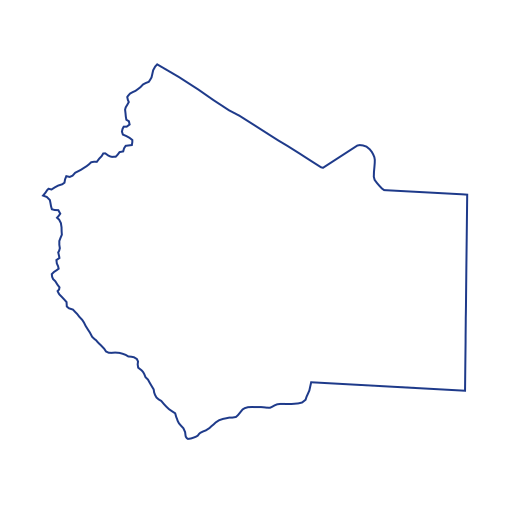 the district of Nyatike, Nyanza, Kenya, rotated 183°
{"feature_id": "3690345B78921482472620", "entity_name": "Nyatike", "entity_type": "district", "adm_level": 2, "iso_a3": "KEN", "parent_name": "Kenya", "parent_adm1": "Nyanza", "projection": "mercator", "projection_center": [34.221, -0.928], "detail": "fine", "context": "isolated", "style": "outline", "palette": "blue", "viewbox_px": 512, "rotation_deg": 183, "n_neighbors": 0, "source": "geoboundaries", "source_scale": "gbopen_adm2", "svg_char_len": 3613}
<svg xmlns="http://www.w3.org/2000/svg" viewBox="0 0 512 512"><g transform="rotate(183 256 256)"><path d="M315.6,70.5L314.5,69.8L313.6,69.9L311.3,70.4L309.0,71.3L306.7,72.3L304.8,73.5L303.5,75.4L302.9,76.0L302.2,76.6L299.5,78.1L297.0,79.2L293.5,81.7L291.6,83.7L289.6,85.5L287.5,87.7L284.2,90.1L280.4,91.6L277.6,92.3L274.3,93.2L271.1,93.4L267.6,94.2L265.8,96.0L264.0,98.4L263.5,99.1L262.8,100.1L261.3,102.1L259.2,103.5L256.1,104.6L252.0,105.0L248.5,105.1L246.6,105.2L245.6,105.3L243.1,105.4L240.0,105.3L237.2,105.1L234.0,105.2L231.8,106.4L229.6,107.8L227.1,109.0L224.3,109.5L221.4,109.7L217.5,109.8L212.5,110.1L206.1,111.0L202.3,112.1L199.0,115.0L198.3,117.6L197.9,118.8L197.4,120.0L195.7,124.4L194.3,132.8L40.2,132.4L41.1,154.0L42.2,181.0L42.5,187.0L42.7,191.9L42.9,196.5L43.0,199.1L43.3,205.6L43.4,208.9L43.7,216.9L44.2,228.5L44.9,245.2L45.3,254.6L46.5,284.3L48.3,328.3L53.1,328.4L131.5,328.5L133.8,330.0L136.3,332.4L139.0,335.2L141.5,338.2L142.5,341.3L142.6,346.2L142.4,351.4L142.3,355.2L142.4,358.3L143.0,360.9L144.3,363.6L145.8,366.0L148.0,368.5L151.4,371.0L155.0,372.0L158.2,372.2L160.6,371.6L193.7,347.6L195.7,348.0L204.9,353.2L212.1,357.3L217.3,360.3L230.0,367.4L239.7,372.5L249.8,378.2L264.4,386.5L279.7,395.1L290.6,400.1L306.9,409.6L322.3,419.2L342.4,430.7L364.7,442.2L366.6,439.9L368.4,436.2L369.1,432.1L369.7,428.8L370.9,426.5L372.2,424.3L375.1,423.0L377.8,421.4L380.2,418.6L382.4,416.7L385.0,414.6L387.7,413.2L390.3,411.6L392.2,409.2L392.9,408.0L392.1,405.1L391.1,403.1L392.3,400.6L393.9,397.6L394.4,395.3L393.8,391.8L393.3,388.4L392.6,385.3L390.0,383.9L389.1,380.7L391.9,378.4L394.9,378.2L395.9,376.0L396.4,373.2L395.3,370.3L391.8,369.0L388.5,367.4L385.6,365.4L385.5,364.5L385.5,362.9L385.8,360.3L389.2,359.7L391.9,359.2L393.2,357.0L393.5,356.2L394.1,353.5L397.7,352.6L399.3,350.2L399.9,349.4L401.3,347.8L402.9,347.7L404.4,347.5L405.4,347.5L406.8,347.8L408.8,348.6L411.9,350.6L412.8,350.5L413.9,350.4L415.4,347.6L417.6,345.1L419.9,341.7L422.5,341.7L425.5,341.0L427.6,338.8L429.9,336.8L432.6,334.9L435.2,333.0L437.9,331.4L440.9,329.7L443.4,326.6L446.2,325.2L449.6,325.8L450.7,322.5L451.1,319.2L453.2,317.5L457.2,316.0L460.5,314.0L463.7,311.7L466.7,312.3L468.1,310.7L469.5,308.3L471.8,305.2L468.0,304.0L464.8,301.1L464.0,298.0L463.3,295.0L462.3,292.0L459.5,291.4L455.8,291.4L453.7,288.0L455.1,285.8L456.7,283.8L454.5,282.0L452.5,278.5L452.3,277.3L451.7,274.5L451.4,270.5L451.0,267.1L452.1,264.1L453.2,260.7L453.0,256.9L452.3,253.5L452.8,251.2L453.2,250.1L453.7,249.3L452.4,244.7L452.2,243.7L455.1,241.5L454.5,238.1L453.1,235.4L452.4,233.0L454.3,231.4L456.9,229.5L459.0,227.2L458.5,224.5L457.4,222.3L455.1,220.3L452.8,217.0L450.6,214.4L450.9,212.2L452.3,210.6L451.8,209.6L450.7,207.8L450.1,207.1L448.0,205.2L445.4,202.7L442.8,200.1L442.3,195.7L440.1,194.0L436.0,192.9L433.5,190.5L431.6,188.8L429.3,186.1L426.1,183.0L424.3,180.5L422.5,177.3L419.9,173.6L417.9,170.9L415.4,166.7L412.7,164.4L411.8,163.9L411.1,163.3L409.8,161.9L408.2,160.4L406.4,158.9L404.5,157.1L402.7,155.4L400.8,152.8L398.1,151.7L395.3,151.7L391.6,152.2L387.4,152.1L384.1,151.4L380.9,150.4L378.3,149.0L375.3,148.9L372.6,148.5L369.6,146.9L368.3,144.5L368.5,141.6L367.8,138.3L365.5,136.7L364.6,136.1L363.7,135.3L362.6,134.1L361.4,132.2L360.0,129.2L357.4,126.9L355.8,124.3L353.9,121.4L352.3,119.0L351.5,117.9L351.1,117.0L350.6,114.5L349.6,112.1L348.0,109.5L345.7,107.7L343.0,106.3L340.3,103.4L337.7,100.9L334.9,98.5L331.3,96.3L328.5,94.7L328.2,93.9L327.5,91.8L327.1,90.7L326.3,89.1L325.9,88.0L325.5,87.1L324.2,84.9L322.1,82.7L319.5,80.2L317.6,76.5L316.9,72.7L316.6,71.8L315.6,70.5Z" fill="none" stroke="#1e3a8a" stroke-width="2"/></g></svg>